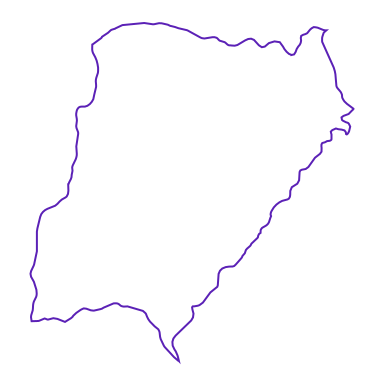 the Province of Corrientes
{"feature_id": "ARG-1308", "entity_name": "Corrientes", "entity_type": "Province", "adm_level": 1, "iso_a3": "ARG", "parent_name": "Argentina", "parent_adm1": "", "projection": "natural_earth1", "projection_center": [-57.567, -29.002], "detail": "fine", "context": "isolated", "style": "outline", "palette": "violet", "viewbox_px": 384, "rotation_deg": 0, "n_neighbors": 0, "source": "natural_earth", "source_scale": "10m", "svg_char_len": 4366}
<svg xmlns="http://www.w3.org/2000/svg" viewBox="0 0 384 384"><path d="M144.2,23.0L153.0,24.3L154.2,24.2L159.0,23.2L161.6,23.3L163.0,23.6L167.8,24.7L170.3,25.9L171.4,26.1L175.0,27.0L178.4,28.2L186.6,30.1L187.5,30.4L200.6,37.6L201.8,38.1L202.3,38.2L204.4,38.5L212.5,37.2L214.6,37.2L214.9,37.3L216.6,37.8L217.3,38.3L218.6,39.7L219.2,40.3L220.0,40.8L220.8,41.0L224.4,42.1L224.5,42.1L225.3,42.6L227.4,44.5L228.2,45.0L229.0,45.3L230.9,45.4L231.6,45.5L234.7,45.7L237.4,45.0L245.3,40.3L248.2,39.0L251.1,38.7L254.0,39.9L258.9,45.3L261.8,47.2L264.8,46.6L268.9,43.1L272.5,42.0L274.5,41.4L279.8,42.2L283.0,46.6L284.5,49.2L286.6,51.8L289.0,53.9L291.5,54.9L291.5,55.0L294.1,54.4L295.6,52.0L296.7,49.0L298.2,46.6L299.8,44.7L300.7,42.8L301.1,40.6L300.8,38.0L301.2,35.9L303.1,34.8L305.4,34.1L307.2,33.2L310.1,29.6L311.6,28.3L313.7,27.1L315.7,27.3L317.7,27.7L323.1,29.9L324.9,30.3L326.4,30.3L324.2,32.2L323.8,32.7L323.6,33.0L322.5,36.3L322.2,37.4L322.1,38.6L322.1,40.9L322.2,41.9L333.7,67.5L334.8,71.1L335.4,74.2L336.0,81.3L336.4,85.9L336.8,87.1L337.6,88.3L340.0,91.1L340.9,92.3L341.6,93.8L342.0,94.9L342.0,95.0L342.1,96.8L342.3,97.8L342.8,98.8L343.4,99.9L344.4,101.4L346.9,103.8L353.3,108.6L353.5,108.9L353.4,109.1L352.7,109.9L352.0,110.5L348.6,114.0L343.5,115.9L341.5,117.4L342.0,119.9L342.9,120.7L346.1,122.3L347.2,122.6L348.3,123.1L349.1,124.2L350.2,126.6L349.1,131.2L348.5,132.5L347.7,133.7L346.8,134.4L346.1,134.1L345.8,132.2L344.5,130.4L341.6,129.6L338.3,129.2L335.9,128.5L332.3,130.1L330.8,131.6L331.2,133.5L331.5,134.4L331.5,138.9L331.4,139.6L331.1,140.0L330.4,140.5L329.7,140.8L327.1,141.1L324.9,142.3L322.3,143.0L321.5,144.4L321.4,146.1L321.6,147.9L321.5,151.7L319.9,153.9L315.0,157.7L308.4,167.0L305.7,169.0L301.9,169.7L300.3,170.5L299.6,172.0L299.1,180.3L297.3,183.7L291.8,187.2L290.3,190.9L290.2,194.9L289.9,196.8L288.9,198.6L287.6,199.4L282.1,200.9L279.3,202.4L276.4,204.6L273.8,207.4L271.7,210.8L271.1,212.0L270.7,213.4L270.6,214.8L271.1,216.1L270.3,218.0L269.0,222.1L268.1,223.7L266.7,225.1L265.7,225.8L262.9,227.4L262.1,227.9L261.6,228.5L261.1,229.2L260.7,230.1L260.6,231.0L260.6,232.1L260.5,233.0L259.2,233.8L258.6,234.8L258.1,236.0L258.0,237.0L257.6,237.8L251.4,243.7L250.8,245.0L250.2,245.9L247.1,248.6L245.9,250.0L244.8,253.3L242.5,255.9L242.1,257.0L241.5,258.0L235.7,264.6L234.2,266.0L232.6,266.5L229.1,266.6L225.7,267.1L222.3,268.5L220.0,270.7L218.6,273.9L217.8,285.3L217.3,286.8L210.4,292.4L202.9,302.6L199.5,305.1L197.9,305.7L194.5,306.3L192.7,306.4L192.1,307.3L192.4,309.4L193.5,313.6L193.0,317.4L191.2,320.5L175.6,335.6L173.4,338.5L172.4,341.9L172.7,345.7L174.5,349.5L175.7,351.3L177.5,355.4L178.1,357.5L178.9,361.0L178.8,360.9L178.2,360.7L174.0,357.1L164.7,347.0L163.9,345.8L160.7,339.1L160.1,336.9L159.6,332.5L159.3,331.3L158.3,329.3L154.6,326.3L150.0,321.6L148.3,319.2L147.1,316.8L146.3,314.8L146.1,314.1L145.4,313.1L142.9,310.9L127.5,306.4L123.8,306.6L122.1,306.3L121.1,305.9L120.7,305.7L118.9,304.2L118.0,303.7L117.0,303.4L115.8,303.3L113.6,303.4L103.5,307.7L102.1,308.6L100.6,309.1L94.0,310.6L93.2,310.6L90.8,310.3L86.3,308.7L83.8,308.4L82.5,308.9L80.6,309.9L76.3,312.9L73.2,315.8L72.6,316.8L71.0,318.2L65.0,321.9L57.4,318.9L53.3,318.2L48.0,319.6L47.3,319.5L45.3,318.7L44.9,318.6L44.6,318.5L44.1,318.7L39.1,320.8L38.1,321.0L31.6,321.2L31.0,317.1L31.2,315.3L32.7,310.4L32.9,308.6L33.1,305.0L33.4,303.2L33.9,301.5L36.2,296.8L36.6,295.1L36.7,293.4L36.4,289.8L33.9,281.8L31.1,276.8L30.5,273.8L31.1,271.1L33.6,265.8L34.1,264.5L36.9,251.3L36.9,231.6L37.4,228.4L40.2,216.9L41.3,214.1L43.0,211.9L45.1,210.1L47.5,208.8L55.2,205.7L57.5,203.8L59.6,201.5L61.9,199.5L65.6,197.4L66.7,196.5L68.0,193.9L68.4,190.7L68.2,184.2L68.5,184.1L69.2,182.3L70.9,179.0L71.5,177.2L71.7,174.8L72.4,171.4L72.5,170.5L72.4,169.7L72.3,168.9L72.2,167.2L72.7,165.5L75.7,159.3L76.3,157.5L76.7,155.7L76.8,153.8L76.3,146.4L78.2,133.8L78.1,132.2L76.5,128.0L76.2,126.1L76.9,120.7L76.8,118.9L76.2,115.4L76.2,113.6L76.5,111.9L76.9,110.2L77.7,108.7L78.7,107.5L80.1,106.8L81.7,106.6L84.9,106.6L87.4,105.8L89.8,104.1L91.8,101.8L93.3,99.2L94.2,94.9L96.1,86.9L96.1,85.0L95.8,81.4L95.9,79.6L96.3,77.8L97.9,72.9L98.1,71.1L98.1,67.6L97.5,64.0L96.6,60.5L95.3,57.3L93.0,53.0L92.5,51.5L92.2,49.8L92.2,48.0L92.3,44.5L92.9,44.2L101.2,38.1L101.8,37.4L102.0,36.8L108.0,32.8L110.8,30.2L111.8,29.7L114.0,29.0L114.9,28.8L115.2,28.5L122.4,25.1L144.2,23.0Z" fill="none" stroke="#5b21b6" stroke-width="2"/></svg>